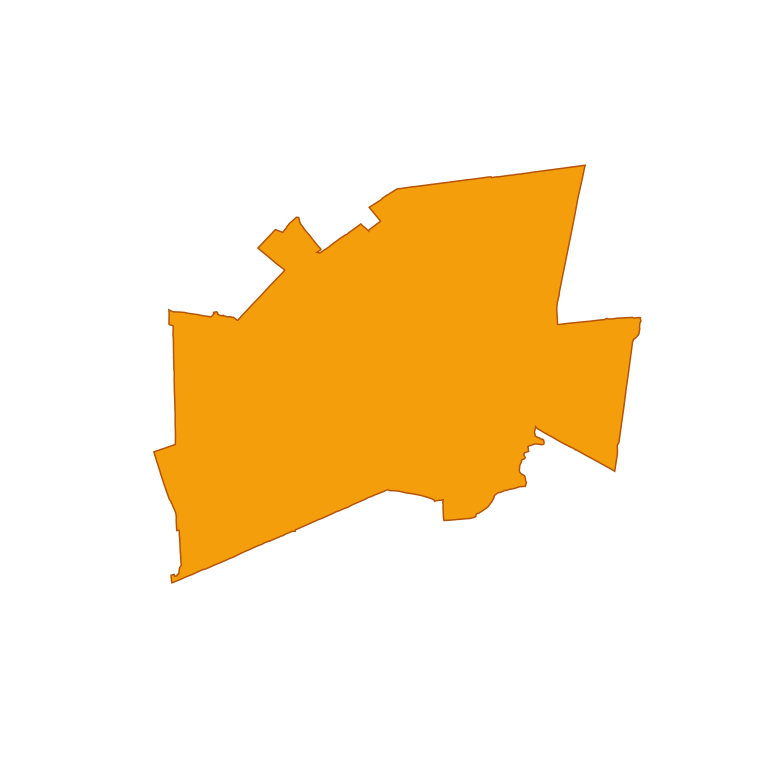 Punghina, Mehedinti, Romania, rotated 151°
{"feature_id": "2599482B36454738033803", "entity_name": "Punghina", "entity_type": "district", "adm_level": 2, "iso_a3": "ROU", "parent_name": "Romania", "parent_adm1": "Mehedinti", "projection": "robinson", "projection_center": [22.945, 44.308], "detail": "fine", "context": "isolated", "style": "filled", "palette": "amber", "viewbox_px": 768, "rotation_deg": 151, "n_neighbors": 0, "source": "geoboundaries", "source_scale": "gbopen_adm2", "svg_char_len": 6135}
<svg xmlns="http://www.w3.org/2000/svg" viewBox="0 0 768 768"><g transform="rotate(151 384 384)"><path d="M542.9,539.9L540.6,537.8L540.4,537.3L540.4,536.9L541.1,535.4L544.9,529.0L545.7,526.8L551.6,515.8L553.0,513.2L553.7,511.8L555.3,509.0L556.6,506.2L557.2,505.1L559.6,500.7L560.9,498.1L562.1,495.3L562.4,494.8L565.5,489.4L566.6,487.2L571.2,478.6L575.9,469.2L577.5,466.3L580.7,459.9L585.7,450.9L591.4,439.9L595.8,432.3L606.0,434.0L618.2,436.2L619.7,429.1L620.4,426.2L620.6,424.6L622.5,415.1L622.8,414.3L625.4,400.7L626.2,395.5L627.2,390.0L627.7,386.9L627.6,386.2L627.3,385.1L627.6,383.4L627.6,381.6L627.8,380.8L628.3,374.3L628.7,372.1L629.2,370.6L630.4,367.9L631.5,366.2L636.4,356.3L634.2,355.6L634.4,354.7L635.2,353.0L636.0,351.6L637.8,347.5L643.7,335.6L644.8,333.1L647.4,327.8L648.6,325.1L648.9,323.9L650.7,323.0L652.2,322.1L653.8,319.8L655.7,317.4L657.1,317.6L657.9,316.6L660.3,317.3L660.2,318.0L659.9,318.9L659.9,319.3L663.0,319.9L663.9,318.1L666.0,313.0L664.8,312.7L655.0,311.6L650.7,311.3L643.5,310.3L638.0,310.0L632.2,309.5L631.3,309.0L628.7,308.6L623.8,308.1L619.2,307.8L615.7,307.3L608.9,306.6L603.4,306.2L602.7,306.1L601.1,305.7L588.3,305.1L583.1,304.5L577.4,304.1L570.2,303.4L569.4,303.1L568.6,303.0L566.4,303.1L565.1,303.0L561.2,302.4L559.7,301.9L557.4,301.8L550.5,301.0L547.8,300.9L546.7,300.5L546.2,300.4L544.5,300.4L542.8,300.5L539.4,300.0L536.2,299.8L535.5,299.3L534.7,299.1L533.6,298.5L533.2,298.2L531.8,299.5L530.7,299.2L528.4,299.0L525.6,298.8L507.3,297.2L503.6,296.6L493.4,295.7L488.1,295.5L484.7,294.9L480.1,294.5L475.0,293.7L470.3,293.7L455.8,292.3L453.7,292.4L450.5,292.0L449.7,291.7L446.6,291.5L435.9,290.1L433.6,290.1L432.6,289.8L432.0,289.6L430.2,287.6L427.6,286.2L423.0,283.1L417.4,278.0L413.1,274.8L408.1,270.7L404.7,267.6L400.7,263.6L398.1,260.6L396.3,258.2L396.7,256.9L394.8,256.6L388.4,254.0L389.2,253.0L389.9,252.1L390.3,251.2L390.4,250.5L392.9,246.1L394.3,243.2L396.6,238.7L397.7,235.5L395.7,234.6L392.1,232.8L390.4,232.1L387.8,230.9L385.1,229.8L382.9,228.7L378.0,226.6L373.3,224.4L372.9,224.3L372.0,224.3L371.0,223.9L369.8,223.6L368.1,223.5L367.8,223.9L367.8,224.1L367.6,224.4L367.0,224.7L366.8,225.0L366.5,225.0L365.7,225.4L365.0,225.5L364.0,225.1L362.2,225.2L361.6,225.3L360.1,225.3L355.6,225.7L354.9,225.8L353.1,226.0L352.3,226.3L347.0,228.7L344.2,230.4L342.6,231.6L342.3,232.1L341.4,232.8L340.7,233.1L339.9,233.1L337.7,233.6L337.1,233.6L335.1,232.9L334.0,232.7L331.7,232.5L329.2,232.0L327.0,231.3L324.6,230.8L320.9,229.5L315.3,228.4L311.0,226.5L310.1,225.9L307.3,228.7L307.2,229.0L307.1,230.5L305.5,234.9L305.6,235.5L305.7,236.0L307.4,238.6L307.7,239.4L307.9,240.3L307.9,241.5L307.8,242.1L307.5,242.8L304.8,246.8L303.9,247.6L301.6,249.1L300.5,250.6L299.3,250.9L297.6,250.5L296.9,250.7L296.3,251.1L296.1,251.6L296.0,252.4L296.3,253.6L296.0,254.2L294.7,255.6L293.6,255.6L290.2,254.9L288.9,258.2L288.6,259.5L287.5,259.5L282.4,258.7L280.8,258.3L277.6,256.2L275.4,254.3L273.8,254.0L273.4,254.0L273.0,254.3L272.4,255.1L271.6,257.7L272.0,258.1L272.0,258.7L272.3,259.1L272.9,259.0L274.0,260.9L274.2,261.5L275.5,262.9L277.0,265.2L276.1,267.2L276.0,268.0L275.8,268.9L272.0,273.1L272.0,272.5L271.8,271.8L271.3,270.3L268.6,265.8L267.5,263.8L265.0,259.7L262.8,256.4L259.0,250.0L256.2,245.5L253.3,241.2L251.9,239.2L250.9,237.6L249.7,236.2L248.7,234.5L248.6,234.2L248.7,233.8L248.5,233.5L247.8,233.2L242.3,224.2L236.2,214.8L230.9,206.2L227.8,201.4L224.5,195.8L214.8,208.4L212.9,211.1L209.6,217.5L207.2,218.7L206.5,219.5L185.9,246.9L179.1,256.1L173.9,263.3L166.7,272.7L145.8,300.8L145.1,301.0L144.1,302.1L142.6,302.1L140.9,302.5L138.2,303.5L136.6,304.4L134.7,306.9L133.5,308.2L133.3,309.2L132.5,310.5L130.8,313.0L129.0,314.3L128.6,314.9L128.5,315.7L127.8,317.3L127.9,317.7L127.8,317.8L128.4,318.3L130.5,319.3L131.6,319.7L133.7,320.7L134.3,321.8L137.9,323.5L140.3,324.7L142.8,325.8L148.1,328.5L153.1,330.4L156.7,332.4L157.0,333.1L158.3,333.5L159.7,333.3L163.2,334.9L173.2,339.0L193.1,347.6L202.8,351.5L203.3,352.1L201.9,354.7L197.6,363.8L195.8,367.1L194.4,369.2L192.9,371.0L192.4,371.8L191.5,372.6L190.2,374.3L188.5,375.9L187.5,377.2L185.7,379.8L150.1,421.6L135.0,439.5L124.5,452.3L108.9,469.9L104.6,475.0L102.0,477.8L153.5,498.0L156.4,499.0L161.1,500.9L162.4,501.2L163.3,501.5L163.9,502.0L166.5,503.1L168.5,503.9L170.2,504.3L172.6,505.5L181.6,509.0L183.8,509.7L184.3,510.3L189.7,512.3L189.9,513.3L193.6,514.9L208.3,520.6L211.9,522.2L219.0,524.9L225.9,527.7L229.7,529.1L234.8,531.2L242.5,534.2L247.0,536.1L248.0,536.4L253.3,538.5L254.1,538.9L254.9,539.1L260.8,541.5L261.9,541.9L263.2,542.6L268.9,544.7L270.0,545.2L272.5,546.0L278.0,548.3L287.1,547.8L288.4,547.6L289.2,547.6L289.8,547.8L292.1,547.5L295.3,547.3L295.8,547.1L296.6,546.6L311.3,545.7L308.1,528.3L308.5,528.0L322.0,526.1L322.7,525.7L323.2,525.1L323.5,526.2L323.8,526.8L324.2,528.3L326.2,533.3L326.6,535.2L342.2,533.3L342.8,533.2L343.7,532.8L344.3,532.9L346.4,533.1L348.5,532.8L351.4,532.7L356.9,531.9L358.5,531.8L363.1,531.1L363.3,531.2L365.3,530.6L376.6,529.7L378.8,531.6L374.1,532.1L373.9,532.4L373.8,532.9L374.8,536.5L376.4,545.9L376.8,549.2L378.6,557.5L378.7,560.4L379.1,562.5L379.3,564.7L378.9,567.5L378.0,570.3L378.0,571.2L379.6,572.2L379.9,572.1L381.2,572.0L385.9,570.8L387.7,570.6L388.9,570.2L392.1,568.9L393.7,567.9L399.1,565.7L404.1,571.7L428.4,564.0L422.8,549.6L420.1,542.2L416.7,534.5L415.5,532.0L415.7,531.8L417.9,530.8L435.2,525.5L449.7,520.7L463.2,516.5L469.0,514.6L473.7,513.2L480.6,510.7L481.5,510.7L481.9,511.9L482.3,513.0L483.2,514.9L483.7,515.6L484.2,515.8L485.4,516.6L485.4,516.9L486.3,517.6L487.0,518.0L488.8,518.7L489.0,519.3L489.8,520.1L490.5,520.7L491.2,521.5L491.3,521.5L491.3,521.9L491.8,522.2L492.2,522.1L492.4,522.4L493.2,522.6L493.6,523.1L494.2,523.6L494.8,524.1L494.9,524.9L495.1,525.2L495.5,525.2L495.6,525.4L495.3,525.9L495.3,526.6L495.0,526.8L495.2,527.8L495.6,528.4L497.8,529.1L498.0,529.0L498.2,528.9L498.3,529.0L498.5,529.2L498.7,528.9L498.7,528.6L498.3,528.0L498.4,527.9L502.8,526.5L505.3,528.6L508.4,530.8L510.4,532.5L511.4,533.2L512.7,534.6L520.9,540.7L523.8,543.3L527.1,545.5L532.8,549.0L534.0,550.0L536.2,553.2L537.4,550.5L543.0,540.7L542.9,539.9Z" fill="#f59e0b" stroke="#b45309" stroke-width="1.5"/></g></svg>